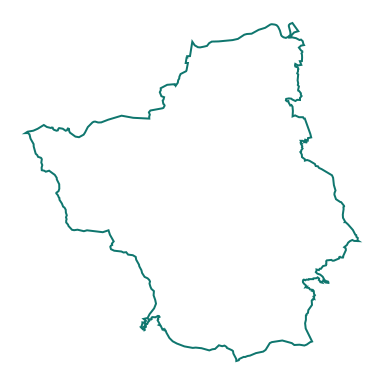 the district of Sapanta, Maramures, Romania
{"feature_id": "2599482B85746794892801", "entity_name": "Sapanta", "entity_type": "district", "adm_level": 2, "iso_a3": "ROU", "parent_name": "Romania", "parent_adm1": "Maramures", "projection": "natural_earth1", "projection_center": [23.668, 47.916], "detail": "fine", "context": "isolated", "style": "outline", "palette": "teal", "viewbox_px": 384, "rotation_deg": 0, "n_neighbors": 0, "source": "geoboundaries", "source_scale": "gbopen_adm2", "svg_char_len": 5941}
<svg xmlns="http://www.w3.org/2000/svg" viewBox="0 0 384 384"><path d="M312.1,341.5L305.7,328.5L305.1,323.2L305.9,319.9L305.9,315.7L306.4,315.4L306.3,314.5L308.0,312.8L308.3,310.2L312.0,304.9L311.7,300.7L312.4,299.7L313.1,299.6L313.3,298.7L314.3,299.0L314.0,298.0L314.2,296.6L313.7,296.3L314.9,295.2L314.0,293.9L313.8,291.5L312.5,291.0L313.3,290.5L312.8,289.9L309.9,289.4L309.0,288.0L307.2,287.7L307.3,286.7L305.5,287.2L306.1,286.1L305.9,285.4L304.0,283.7L303.0,282.3L302.9,281.1L303.3,279.9L303.9,279.6L305.2,280.3L306.4,279.6L308.6,279.7L308.8,279.1L313.2,279.1L313.4,278.4L316.5,278.2L317.6,277.4L319.1,278.6L318.8,280.0L319.3,280.3L320.4,282.2L322.0,282.6L321.4,281.8L322.3,282.1L322.9,281.1L324.0,281.3L325.5,282.5L328.4,282.9L328.4,282.2L327.9,281.5L326.3,281.2L324.8,280.2L323.5,280.3L323.4,279.9L323.9,278.9L322.7,276.7L320.2,274.6L317.3,273.6L315.8,272.1L316.6,270.6L316.5,269.5L318.9,270.1L319.7,268.8L320.9,268.8L323.0,266.1L326.0,265.3L326.4,264.1L326.1,263.3L326.4,262.7L326.2,261.2L326.8,260.4L331.4,259.9L332.5,260.7L333.8,260.7L339.0,258.5L339.2,257.2L340.0,256.8L340.6,257.4L342.9,257.6L343.2,257.0L342.9,256.7L345.9,250.1L345.7,248.3L344.2,247.2L346.9,245.0L348.1,242.7L350.0,241.1L352.3,240.0L354.1,240.9L358.6,241.1L357.5,240.4L357.8,238.0L356.4,236.8L356.2,235.1L355.3,234.7L352.9,230.0L348.1,224.5L345.5,222.1L344.8,222.1L345.1,221.6L343.0,217.8L342.8,214.6L343.6,209.1L343.4,207.1L344.1,206.5L344.0,205.8L341.2,202.2L340.1,201.9L336.0,199.2L334.4,194.7L334.5,193.0L335.5,190.5L333.9,185.1L333.1,177.8L332.0,175.3L321.6,169.1L319.0,167.9L317.9,166.3L315.7,166.0L314.9,164.0L309.5,160.8L307.1,160.0L304.9,160.6L304.9,159.3L302.0,157.1L301.8,154.5L300.4,152.1L301.1,151.8L301.2,150.4L302.6,148.5L301.9,147.3L302.3,146.2L301.1,144.1L301.9,143.7L300.7,142.7L301.2,141.8L300.7,140.8L302.7,140.8L304.3,141.5L304.2,142.1L307.2,142.5L304.8,141.0L305.2,139.7L307.8,140.5L308.0,138.1L311.2,137.4L310.3,133.9L304.8,118.5L303.8,118.5L303.0,117.2L299.0,117.2L295.1,115.4L292.6,116.4L292.9,111.0L292.5,106.6L291.4,105.0L290.3,105.5L288.6,102.4L288.3,101.0L287.1,101.3L285.9,100.4L286.2,98.9L288.9,98.4L291.4,98.7L292.2,99.5L295.4,101.0L297.2,99.8L300.0,100.0L300.0,97.9L301.6,96.0L300.8,94.8L300.9,93.3L299.2,91.1L298.2,90.6L298.1,89.9L298.9,86.4L297.8,85.0L298.2,83.3L297.6,80.4L298.2,74.4L297.2,73.4L298.0,71.4L298.0,69.6L298.4,69.1L297.8,67.5L295.3,66.5L295.0,65.2L295.3,63.9L298.0,65.4L301.3,64.9L299.9,61.2L301.9,61.1L302.1,57.6L302.0,54.8L301.5,53.4L302.3,52.4L302.3,51.3L301.1,50.5L298.9,47.6L301.1,45.6L304.0,45.1L303.4,44.0L302.7,41.2L301.0,39.6L299.5,40.0L296.1,38.2L292.3,37.4L288.2,37.7L291.4,35.9L291.7,35.0L294.2,32.4L298.3,31.2L292.4,23.0L290.0,23.9L288.9,25.1L288.8,26.1L290.3,31.9L290.5,34.7L288.1,36.9L285.9,37.9L283.5,37.3L281.8,36.1L281.2,35.2L279.9,30.5L278.1,26.8L276.6,25.2L274.9,24.6L271.8,24.2L270.4,24.5L265.2,27.8L258.7,29.8L251.6,33.7L246.9,34.0L244.3,34.7L237.9,38.9L232.5,40.1L218.7,41.4L211.8,41.6L209.2,43.1L207.0,45.9L204.1,46.6L200.1,47.4L197.9,47.2L194.7,45.3L192.3,41.7L190.0,56.1L187.2,56.2L187.3,57.6L186.6,57.6L185.7,63.0L187.9,63.0L186.5,70.4L186.1,71.2L180.6,74.0L179.4,76.7L179.2,78.6L178.2,80.2L177.8,82.7L175.8,85.6L175.6,85.0L175.1,85.3L174.4,84.8L174.5,84.2L167.2,84.8L160.7,88.2L160.8,90.2L159.8,92.2L161.4,96.2L164.1,97.2L163.5,99.6L162.7,100.5L163.3,103.8L164.2,104.6L164.6,105.7L163.4,107.9L162.4,108.3L150.4,110.5L148.9,112.3L149.8,114.7L149.2,116.6L149.3,118.6L133.2,117.8L121.6,115.7L108.2,119.7L101.2,122.4L98.2,122.5L95.2,121.6L93.9,121.7L92.5,122.4L87.8,127.1L85.0,132.6L83.6,134.7L79.0,137.2L75.4,136.6L69.9,132.6L69.1,130.8L69.0,128.9L68.4,128.6L67.8,128.5L66.9,130.3L65.6,130.7L62.7,128.7L59.1,128.1L58.4,128.8L57.8,130.4L56.5,130.7L54.0,129.8L53.1,129.0L52.7,127.7L51.8,127.5L51.0,128.0L46.9,127.0L43.8,125.0L37.6,128.8L33.3,130.7L27.6,131.7L25.4,133.1L27.8,133.0L29.5,134.4L30.5,138.6L33.6,144.1L33.7,146.5L35.7,153.7L37.3,155.2L38.0,156.8L40.9,157.8L41.5,158.5L41.8,159.4L41.3,162.6L42.3,165.1L41.6,167.7L41.8,170.2L44.2,170.7L45.8,171.7L49.1,170.7L54.8,174.9L56.7,177.8L56.8,179.4L59.2,184.2L59.3,188.8L58.5,191.2L56.4,192.7L56.3,193.4L57.8,195.1L58.9,197.6L59.4,198.0L59.5,199.8L61.9,203.5L63.1,206.6L64.5,207.6L65.7,209.7L65.9,212.7L66.8,215.3L66.0,217.3L66.6,219.2L66.2,220.5L66.2,222.5L68.0,224.6L68.5,226.0L72.0,229.8L74.1,230.2L77.5,229.7L83.9,231.2L87.0,230.3L102.8,232.2L108.5,230.3L109.9,234.7L113.7,241.4L111.9,243.6L112.2,245.0L110.9,245.7L110.3,246.8L111.0,249.2L114.2,250.7L121.4,251.5L123.5,252.5L126.2,252.2L128.1,254.6L132.8,255.2L135.7,256.9L136.2,259.7L139.0,264.7L139.3,266.3L141.4,270.2L142.1,273.0L144.6,276.9L147.6,278.3L149.2,279.9L150.0,281.5L149.5,283.6L150.5,286.9L151.4,288.9L153.9,291.1L153.6,295.3L155.2,299.9L156.0,303.7L154.1,308.4L149.6,314.1L147.6,318.0L143.6,318.9L146.0,320.9L144.7,321.8L145.0,322.6L144.7,323.1L142.4,322.4L142.3,324.0L141.6,326.0L141.8,326.7L140.8,327.1L141.7,328.1L142.2,328.2L142.7,329.2L143.1,329.2L142.7,328.5L143.8,328.5L144.3,330.2L144.8,329.9L144.0,326.8L144.6,326.7L145.2,327.3L145.9,326.9L145.8,325.3L145.0,325.5L144.8,325.1L146.2,323.7L147.3,323.9L148.0,322.2L149.3,320.8L148.5,319.6L148.6,319.2L151.1,319.5L151.7,319.0L151.4,318.2L151.7,317.5L152.4,317.1L155.4,317.3L157.9,315.9L158.9,316.0L159.5,316.9L158.6,317.4L157.9,318.8L158.2,319.4L157.6,320.2L159.9,324.5L159.0,325.0L160.7,325.7L162.5,329.6L163.9,329.0L164.1,329.7L164.7,329.7L164.5,330.4L165.7,330.7L166.4,332.7L169.4,338.0L172.7,341.3L176.8,343.5L184.4,346.4L192.7,347.9L195.8,347.6L201.5,348.2L209.3,350.4L212.3,349.3L215.1,348.9L218.9,345.3L222.2,346.2L224.5,345.6L226.5,346.9L226.9,347.9L231.9,350.2L233.0,351.1L233.4,353.6L236.2,358.9L236.3,361.0L238.8,360.2L239.0,359.3L239.6,358.8L243.7,356.9L245.1,357.0L247.6,356.0L250.0,355.6L256.0,353.1L263.2,351.6L265.6,349.9L269.8,343.1L271.9,342.1L282.3,340.5L291.8,343.1L294.3,345.0L299.5,344.7L304.4,345.5L306.7,344.6L310.1,342.2L312.1,341.5Z" fill="none" stroke="#0f766e" stroke-width="2"/></svg>